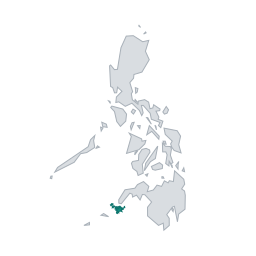 Basilan, Basilan, Philippines shown in context, rotated 9°
{"feature_id": "2640588B29921835743372", "entity_name": "Basilan", "entity_type": "district", "adm_level": 2, "iso_a3": "PHL", "parent_name": "Philippines", "parent_adm1": "Basilan", "projection": "orthographic", "projection_center": [121.96, 6.593], "detail": "medium", "context": "in_parent", "style": "filled", "palette": "teal", "viewbox_px": 256, "rotation_deg": 9, "n_neighbors": 0, "source": "geoboundaries", "source_scale": "gbopen_adm2", "svg_char_len": 5514}
<svg xmlns="http://www.w3.org/2000/svg" viewBox="0 0 256 256"><g transform="rotate(9 128 128)"><path d="M118.8,36.0L129.0,40.5L134.8,38.2L133.2,49.5L138.3,57.2L133.0,70.6L125.5,74.2L125.7,78.0L122.7,82.9L126.9,91.4L125.9,93.6L127.9,99.5L134.1,103.0L134.0,99.8L140.0,97.4L144.3,99.2L146.7,105.5L149.4,104.3L149.7,101.0L156.7,104.3L156.6,105.9L153.0,107.0L156.8,112.4L156.4,114.7L161.4,115.8L160.3,122.5L157.7,120.8L158.7,117.5L149.7,115.7L147.6,110.0L139.5,103.3L137.7,103.6L140.6,110.7L139.6,113.6L136.5,108.9L128.0,102.9L121.9,107.0L114.8,103.6L112.0,104.7L111.7,99.2L116.3,92.7L111.3,89.3L111.3,95.0L109.2,95.4L106.6,90.5L104.3,89.7L100.1,69.5L101.0,68.5L105.5,72.5L108.4,71.7L108.5,49.8L111.9,37.5L118.8,36.0ZM180.7,163.0L191.1,169.9L192.8,174.6L190.5,179.8L193.7,181.4L195.1,185.5L197.0,199.3L191.5,205.1L191.5,212.9L186.1,198.1L184.2,199.2L179.8,207.5L182.8,210.7L184.0,217.8L179.4,223.3L177.7,216.5L173.4,219.4L161.1,211.8L159.7,203.2L162.9,197.4L155.1,191.3L152.6,191.4L151.2,197.2L146.9,193.0L143.3,195.5L142.5,192.7L140.0,192.1L133.2,203.9L130.7,203.6L130.1,200.3L134.7,189.5L144.2,186.4L146.2,182.4L151.7,178.5L157.7,182.4L157.0,187.9L162.7,185.3L165.6,179.9L170.3,180.4L172.2,174.5L176.2,175.9L177.1,173.6L181.2,173.8L180.7,163.0ZM150.1,170.2L145.4,173.3L143.6,169.5L139.2,167.2L136.9,162.3L137.9,160.3L143.4,158.4L142.8,152.4L145.2,146.9L149.1,145.3L152.7,146.3L153.5,148.4L147.8,161.6L150.1,170.2ZM177.0,123.0L181.2,127.8L180.7,136.5L184.3,144.3L177.1,143.0L174.3,140.2L172.6,137.0L173.7,134.0L165.8,128.5L163.6,122.5L177.0,123.0ZM130.0,132.9L143.1,136.6L143.9,138.8L147.6,137.5L147.1,141.1L142.1,147.8L130.5,153.3L132.6,135.9L130.0,132.9ZM80.2,170.3L62.6,183.0L64.6,178.0L91.6,152.7L92.8,145.5L96.4,140.6L96.0,145.8L98.2,152.4L91.1,158.7L85.2,160.8L80.2,170.3ZM108.6,108.9L119.9,110.1L124.4,114.5L124.7,121.6L120.3,127.6L115.9,123.4L112.1,113.9L107.7,110.4L108.6,108.9ZM167.8,140.2L172.8,139.7L174.2,142.0L174.1,148.2L177.8,155.1L176.0,156.8L173.8,154.3L174.4,159.1L170.8,157.2L170.8,148.3L169.1,145.7L166.0,146.2L164.3,137.4L167.8,140.2ZM150.8,167.6L151.0,160.1L160.2,141.2L159.8,153.9L155.4,157.8L150.8,167.6ZM168.2,162.7L161.5,165.4L158.8,165.1L157.1,162.3L164.5,157.3L168.0,159.2L168.2,162.7ZM148.7,122.3L160.1,131.2L160.2,134.3L152.0,127.6L147.6,131.8L148.7,122.3ZM164.3,107.2L161.8,108.6L159.9,106.7L162.4,100.8L165.2,103.7L164.3,107.2ZM135.8,209.0L130.6,211.7L128.7,208.1L132.0,206.9L135.8,209.0ZM101.2,126.4L106.0,127.6L107.3,130.6L102.9,130.6L101.2,126.4ZM130.0,108.6L132.8,109.7L131.2,113.4L128.7,111.6L130.0,108.6ZM117.3,216.3L122.7,218.6L115.0,218.4L117.3,216.3ZM183.8,160.7L181.0,157.8L183.4,153.1L183.2,156.0L183.8,160.7ZM133.2,121.4L131.4,129.3L130.1,126.0L131.2,122.1L133.2,121.4ZM104.7,227.3L105.1,229.7L99.7,231.1L104.7,227.3ZM131.6,87.5L131.5,91.0L130.2,92.5L128.9,87.0L131.6,87.5ZM141.2,149.0L138.8,153.5L138.8,150.9L141.2,149.0ZM103.3,131.9L102.0,135.2L100.8,131.4L103.3,131.9ZM168.2,138.0L166.4,138.1L164.7,135.5L166.8,135.2L168.2,138.0ZM139.7,123.7L139.7,126.7L137.1,124.2L139.7,123.7ZM190.7,162.3L188.2,161.8L189.3,158.6L190.7,162.3ZM145.9,114.7L150.5,120.6L144.7,114.8L145.9,114.7ZM102.8,151.4L99.7,153.0L100.6,150.4L102.8,151.4ZM154.8,170.1L154.3,172.7L152.5,171.4L154.8,170.1ZM155.3,121.9L156.4,125.4L154.1,121.0L155.3,121.9ZM60.6,190.0L59.0,189.8L59.4,187.6L60.6,187.3L60.6,190.0ZM171.3,172.0L169.3,172.2L169.1,170.8L170.3,170.6L171.3,172.0ZM185.6,203.5L184.1,201.9L184.6,200.3L185.6,201.1L185.6,203.5ZM106.0,104.5L106.8,106.5L104.5,104.2L106.0,104.5ZM177.3,157.9L178.1,160.5L175.9,157.3L177.3,157.9ZM131.0,31.2L128.7,32.8L130.4,30.4L131.0,31.2ZM133.6,101.3L130.5,99.7L130.6,98.7L133.6,101.3ZM122.8,24.9L124.7,26.7L122.6,25.5L122.8,24.9Z" fill="#d9dde1" stroke="#a8b0b8" stroke-width="1"/><path d="M130.0,207.9L129.5,208.2L129.1,207.8L128.7,207.8L128.3,208.3L128.2,209.0L128.7,209.2L129.0,209.1L129.1,209.3L129.3,209.3L129.5,209.6L129.2,209.8L129.4,210.0L129.2,210.1L129.3,210.4L129.5,210.6L129.8,210.7L130.0,211.2L130.6,211.4L130.4,211.6L130.6,211.8L130.8,211.7L131.7,211.7L132.5,211.4L133.9,211.0L134.0,210.5L133.9,210.1L134.1,210.0L134.2,209.3L134.6,209.0L135.5,209.1L135.9,208.6L135.6,208.3L135.0,208.4L134.6,208.0L133.2,208.0L133.1,207.3L132.8,207.2L132.5,207.3L132.3,206.8L132.0,206.8L131.6,207.1L131.7,207.4L131.6,207.7L131.9,207.9L131.6,208.8L131.8,209.5L130.5,209.6L130.2,209.5L130.3,208.8L130.1,208.7L130.0,208.4L130.0,207.9ZM125.3,207.8L125.2,208.0L125.7,209.0L125.7,209.6L125.7,209.1L125.7,208.7L125.9,208.2L125.3,207.8ZM130.6,213.1L130.6,213.5L130.9,213.4L130.9,213.6L130.7,213.5L130.9,213.6L131.4,213.5L131.0,213.6L131.1,213.3L130.6,213.1ZM130.8,212.4L130.4,212.6L130.6,212.8L130.9,212.8L130.8,212.4ZM127.0,207.6L126.9,207.8L126.9,208.4L127.1,207.7L127.0,207.6ZM123.4,206.6L123.3,206.9L123.5,207.0L123.6,206.8L123.4,206.6ZM125.2,208.3L125.2,208.6L125.3,208.5L125.2,208.3ZM131.6,212.6L131.4,212.7L131.4,212.9L131.8,212.9L131.6,212.6ZM128.7,210.9L128.5,211.0L128.8,211.0L128.7,210.9ZM134.1,210.7L134.1,210.9L134.2,211.0L134.0,210.9L134.0,211.0L134.4,211.1L134.1,210.7ZM130.1,212.9L130.0,213.1L130.1,213.3L130.2,213.2L130.1,212.9ZM124.5,205.6L124.4,205.7L124.7,205.9L124.6,205.7L124.5,205.6ZM136.6,206.4L136.4,206.5L136.6,206.5L136.6,206.4ZM134.3,210.5L134.1,210.2L134.1,210.5L134.3,210.5ZM136.9,206.8L136.8,207.0L137.0,207.0L137.0,206.9L136.9,206.8ZM128.3,209.5L128.2,209.7L128.4,209.7L128.3,209.5ZM124.8,205.5L124.6,205.5L124.8,205.7L124.8,205.5ZM123.0,206.4L122.9,206.6L123.0,206.7L123.0,206.4Z" fill="#14b8a6" stroke="#0f766e" stroke-width="1.5"/></g></svg>